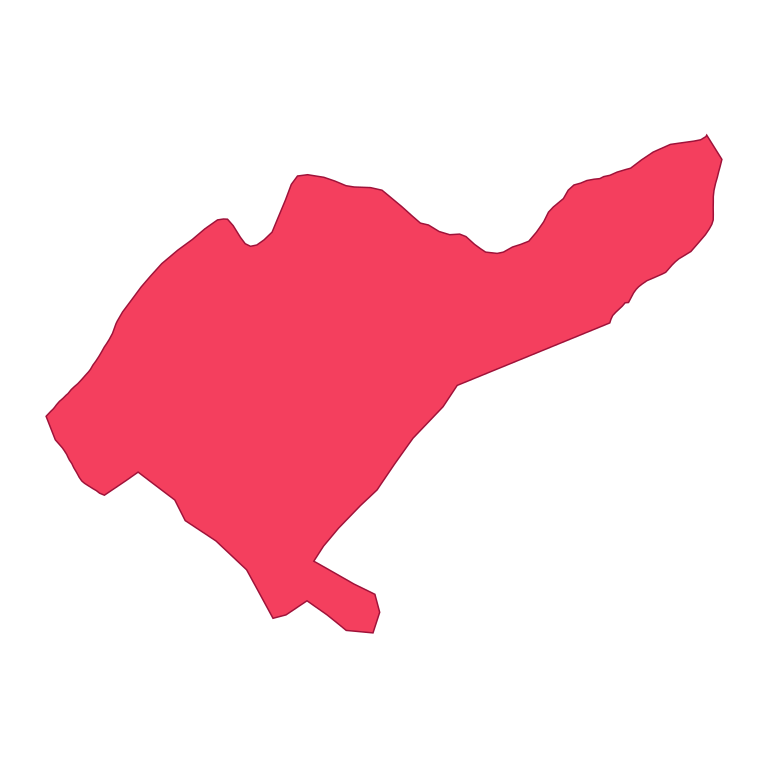 Corinth Estate, Gros Islet, Saint Lucia
{"feature_id": "8701671B94015264983282", "entity_name": "Corinth Estate", "entity_type": "district", "adm_level": 2, "iso_a3": "LCA", "parent_name": "Saint Lucia", "parent_adm1": "Gros Islet", "projection": "equal_earth", "projection_center": [-60.954, 14.043], "detail": "fine", "context": "isolated", "style": "filled", "palette": "rose", "viewbox_px": 768, "rotation_deg": 0, "n_neighbors": 0, "source": "geoboundaries", "source_scale": "gbopen_adm2", "svg_char_len": 2406}
<svg xmlns="http://www.w3.org/2000/svg" viewBox="0 0 768 768"><path d="M47.0,418.6L55.3,439.8L62.4,447.9L64.2,450.5L66.7,454.4L67.7,456.6L69.4,460.0L70.5,461.6L71.9,463.7L72.8,465.7L74.1,468.3L76.4,472.1L78.2,475.4L79.2,477.3L81.7,480.9L83.3,482.3L84.5,483.3L88.4,485.8L93.0,488.7L96.3,490.6L99.6,493.2L104.4,495.2L125.6,480.9L138.1,472.1L150.0,481.2L174.8,500.0L185.2,520.6L215.9,540.9L246.6,569.8L249.9,575.8L253.6,582.6L255.2,585.5L271.5,615.5L273.0,618.3L276.8,617.3L286.0,614.9L298.5,606.5L307.0,600.8L327.1,614.9L338.4,624.0L346.2,630.4L373.0,632.9L379.7,612.3L374.9,594.3L353.9,584.0L333.8,572.5L320.4,564.9L313.8,561.2L323.6,546.0L330.5,537.8L338.6,528.1L360.4,505.6L377.1,489.9L380.7,484.5L394.6,464.0L408.7,444.2L411.6,440.2L413.0,438.2L443.0,406.8L457.2,385.4L609.8,322.9L610.9,319.4L612.7,315.5L615.6,312.4L622.4,306.0L625.1,302.8L628.5,302.5L633.6,292.9L636.2,289.3L638.7,286.7L642.0,284.1L646.9,280.7L654.8,277.3L662.1,274.1L665.7,272.3L671.9,265.2L675.4,261.7L678.7,258.9L690.9,251.5L698.9,242.3L705.4,234.7L709.3,228.9L711.8,224.4L713.2,220.0L713.3,214.5L713.2,207.4L713.3,202.2L713.3,196.6L714.0,190.3L715.6,183.2L717.3,177.4L718.7,171.7L720.2,166.2L721.9,159.4L706.7,135.1L705.9,136.6L700.6,139.8L693.9,141.1L679.5,143.1L670.4,144.4L658.9,149.5L653.1,152.1L641.6,159.8L630.6,168.2L625.8,169.5L617.1,172.1L609.9,175.3L603.7,176.6L599.8,178.6L594.1,179.2L586.9,180.5L580.7,183.1L573.9,185.0L568.2,190.2L563.4,198.6L553.3,207.0L548.5,212.1L543.7,221.8L536.5,232.1L528.8,241.2L520.7,244.4L512.5,247.0L503.4,252.1L497.2,253.4L485.6,252.1L480.8,248.9L474.6,244.4L466.0,236.6L459.7,234.1L449.7,234.7L439.1,231.5L428.5,225.0L420.4,223.1L412.2,216.0L402.2,207.0L390.6,197.3L382.0,190.2L370.5,187.6L354.2,187.0L346.0,185.7L335.0,181.1L323.9,177.3L307.6,174.7L297.5,176.0L291.3,184.4L285.5,199.9L276.9,220.5L272.1,232.1L264.0,239.9L256.8,245.0L250.5,246.3L245.2,243.7L240.4,237.3L233.2,225.7L227.5,219.2L223.5,219.0L217.5,219.9L204.9,228.8L192.3,239.5L177.7,250.2L161.8,263.6L150.5,276.1L141.2,286.9L130.6,301.2L122.6,311.9L117.2,321.2L116.0,323.7L112.5,333.4L109.2,339.5L106.5,343.8L104.3,347.0L101.8,351.5L99.0,356.3L96.0,360.9L92.9,365.1L90.5,369.3L88.5,371.9L85.2,375.5L81.8,379.4L77.8,383.7L74.3,386.7L71.3,389.5L67.9,393.7L66.3,395.0L62.9,398.4L59.5,401.3L56.6,404.6L54.6,407.3L53.1,409.1L50.7,411.4L47.5,414.8L46.1,416.3L47.0,418.6Z" fill="#f43f5e" stroke="#9f1239" stroke-width="1.5"/></svg>